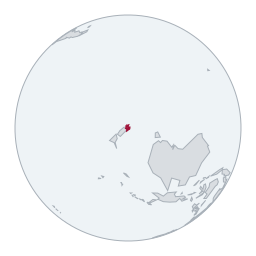 Southland highlighted on a globe, orthographic projection, rotated 187°
{"feature_id": "NZL-3408", "entity_name": "Southland", "entity_type": "Regional Council", "adm_level": 1, "iso_a3": "NZL", "parent_name": "New Zealand", "parent_adm1": "", "projection": "orthographic", "projection_center": [167.625, -45.772], "detail": "coarse", "context": "on_globe", "style": "filled", "palette": "rose", "viewbox_px": 256, "rotation_deg": 187, "n_neighbors": 0, "source": "natural_earth", "source_scale": "10m", "svg_char_len": 4727}
<svg xmlns="http://www.w3.org/2000/svg" viewBox="0 0 256 256"><g transform="rotate(187 128 128)"><circle cx="128" cy="128" r="113" fill="#eef3f6" stroke="#a8b0b8"/><path d="M151.2,74.0L151.3,74.7L151.1,74.8L151.2,74.0ZM195.1,218.5L191.0,221.3L192.1,220.2L195.2,217.7L193.4,218.4L195.6,216.5L192.5,218.5L192.5,216.6L188.5,218.5L187.6,216.8L184.9,217.9L185.8,217.0L185.9,216.1L184.8,216.2L189.2,212.9L194.4,211.0L195.7,211.5L197.1,210.1L200.3,210.5L200.4,209.5L206.7,206.4L209.6,205.1L213.6,201.2L207.8,207.5L201.7,213.2L195.1,218.5ZM191.7,41.3L190.9,39.9L192.7,41.5L191.7,41.3ZM189.5,38.7L189.9,39.2L189.3,38.7L189.5,38.7ZM188.4,38.0L189.2,38.5L188.4,38.1L188.4,38.0ZM187.1,37.3L187.8,37.6L187.7,37.6L187.1,37.3ZM184.8,35.8L184.2,35.4L184.8,35.6L184.8,35.8ZM180.6,218.5L188.2,213.3L184.5,216.2L184.8,217.7L179.8,220.4L180.6,218.5ZM180.4,222.6L179.0,224.2L177.9,224.8L178.5,223.8L180.4,222.6ZM72.2,30.1L72.3,30.1L70.6,31.2L66.8,33.5L68.7,32.2L72.2,30.1ZM59.0,38.9L59.4,38.8L56.7,41.4L46.5,51.5L40.2,58.2L39.2,59.7L38.2,60.4L34.6,65.5L34.8,68.5L34.0,70.7L29.2,79.4L29.5,77.8L26.8,79.8L24.6,86.1L26.7,86.1L27.3,90.1L25.0,91.7L24.6,88.5L23.6,89.1L25.0,83.9L26.4,79.3L24.9,82.6L28.4,75.4L32.4,68.5L36.8,61.8L41.8,55.5L47.1,49.6L52.9,44.0L59.0,38.9ZM54.4,195.0L55.8,194.6L56.1,196.0L54.4,195.0ZM44.6,88.5L47.1,87.2L47.1,87.7L44.6,88.5ZM42.0,88.8L44.6,87.0L41.7,90.0L42.0,88.8ZM45.7,86.4L48.4,83.7L49.5,82.3L49.4,83.3L45.7,86.4ZM40.3,90.2L32.0,97.8L29.0,100.1L29.5,97.9L34.3,93.0L40.3,90.2ZM29.2,98.1L25.0,99.3L21.2,96.1L22.5,93.5L26.9,92.2L26.6,93.8L29.1,93.8L29.2,98.1ZM40.4,79.3L40.1,83.3L35.3,87.2L33.2,88.6L31.8,85.5L32.6,82.5L34.2,80.9L41.7,67.6L44.1,67.3L41.5,72.1L43.5,73.4L40.4,79.3ZM45.8,60.4L42.1,65.7L45.8,59.7L45.8,60.4ZM48.6,55.7L48.3,56.9L47.5,56.5L48.6,55.7ZM38.2,61.5L36.5,63.6L36.9,62.7L39.4,59.6L38.2,61.5ZM54.6,43.9L52.7,46.3L51.8,47.4L51.9,46.6L54.6,43.9ZM134.6,118.7L137.7,120.5L135.7,124.5L132.1,128.3L126.7,128.9L134.6,118.7ZM98.0,127.7L94.8,122.9L99.8,121.8L100.3,126.4L98.0,127.7ZM137.4,116.1L139.0,112.1L136.7,106.2L140.0,111.8L144.8,113.3L139.1,120.5L137.4,116.1ZM71.1,113.6L57.8,130.3L54.0,131.6L53.1,127.7L45.9,120.3L46.9,119.7L43.9,114.1L50.7,102.4L55.0,89.1L61.0,86.9L64.2,78.5L71.0,76.5L70.1,82.3L78.6,83.6L81.0,70.7L89.4,82.4L97.7,86.5L103.9,96.0L100.9,114.7L96.2,119.1L93.9,117.5L92.3,119.8L87.7,119.7L82.3,114.3L80.9,116.7L81.0,111.9L79.5,116.6L75.8,113.6L71.1,113.6ZM121.4,79.4L123.2,79.9L127.1,82.9L124.1,82.1L121.4,79.4ZM146.8,75.6L148.3,77.2L146.1,76.9L146.8,75.6ZM151.1,74.8L148.5,74.6L151.2,74.0L151.1,74.8ZM127.2,71.9L128.4,72.9L127.8,73.1L127.2,71.9ZM126.4,71.5L127.0,70.3L127.3,71.6L126.4,71.5ZM116.6,63.9L117.4,63.3L117.9,63.8L116.6,63.9ZM50.8,85.0L53.9,79.9L55.9,78.6L50.8,85.0ZM114.9,62.5L112.6,62.4L112.7,61.7L114.9,62.5ZM114.8,61.0L114.3,60.1L116.2,62.3L114.8,61.0ZM110.0,59.0L113.1,60.6L109.7,59.2L110.0,59.0ZM108.4,59.2L106.4,58.6L106.5,58.3L108.4,59.2ZM88.5,62.2L95.7,66.5L90.6,67.0L84.6,64.7L81.0,68.5L72.3,70.4L73.9,68.0L72.4,65.6L64.1,67.4L62.5,66.3L65.2,64.1L60.1,64.9L65.6,61.9L68.1,64.4L71.4,60.6L77.6,59.5L84.0,59.2L89.7,60.9L88.5,62.2ZM66.2,69.5L67.2,69.1L66.4,70.5L66.2,69.5ZM102.6,56.7L105.5,58.4L105.2,58.9L103.9,58.6L102.6,56.7ZM90.9,60.1L96.9,56.4L98.4,56.3L94.6,60.1L90.9,60.1ZM95.2,54.6L98.2,54.7L99.9,56.3L99.3,56.8L95.2,54.6ZM54.8,71.1L54.6,72.2L53.3,72.1L54.8,71.1ZM56.5,69.7L60.7,68.8L56.1,70.7L56.5,69.7ZM45.0,73.1L46.1,74.6L49.4,71.1L46.9,74.7L49.4,77.0L48.7,78.9L46.2,76.3L45.7,81.0L44.3,81.9L43.3,78.8L44.6,73.6L46.0,70.9L52.1,66.5L45.0,73.1ZM56.3,67.0L55.3,65.0L56.1,63.0L57.2,63.7L56.3,67.0ZM52.7,60.9L50.5,59.8L48.0,62.2L53.4,55.8L54.6,57.8L52.7,60.9ZM51.5,56.5L49.2,58.7L51.9,55.3L51.5,56.5ZM48.8,58.2L49.1,56.7L50.7,55.8L48.8,58.2ZM52.6,55.9L53.9,52.8L54.3,53.9L52.6,55.9ZM49.6,53.5L52.2,53.8L48.0,55.7L50.0,50.8L52.0,49.3L49.6,53.5ZM74.2,29.6L74.9,29.0L77.2,27.9L76.1,28.6L74.2,29.6ZM90.5,21.8L90.1,22.0L85.7,24.2L78.1,27.4L72.2,30.4L73.1,30.1L70.0,32.2L69.8,31.9L75.3,28.6L79.5,26.6L82.0,25.3L86.2,23.5L88.2,22.6L89.2,22.3L90.5,21.8Z" fill="#d9dde1" stroke="#a8b0b8" stroke-width="1"/><path d="M130.1,129.7L129.0,129.7L129.0,129.3L127.9,128.8L126.8,128.9L127.1,128.3L126.6,128.6L126.9,128.3L126.5,128.5L126.4,128.1L127.2,127.9L126.8,127.9L127.2,127.5L126.7,127.6L127.1,127.3L126.9,127.1L127.4,127.4L127.2,127.1L127.6,127.1L127.2,126.7L127.7,126.2L127.8,126.5L127.8,126.1L128.4,125.9L128.3,125.5L128.9,125.0L128.9,127.1L130.2,127.3L129.9,128.0L130.1,129.7ZM128.2,129.8L128.8,130.6L127.9,131.0L128.2,129.8ZM126.5,127.7L126.8,127.9L126.5,127.9L126.5,127.7ZM127.0,127.0L127.1,126.9L127.2,127.1L127.0,127.0ZM129.2,129.9L129.3,129.9L129.3,130.0L129.2,129.9ZM128.1,129.9L128.1,130.0L128.1,129.9Z" fill="#f43f5e" stroke="#9f1239" stroke-width="1.5"/></g></svg>